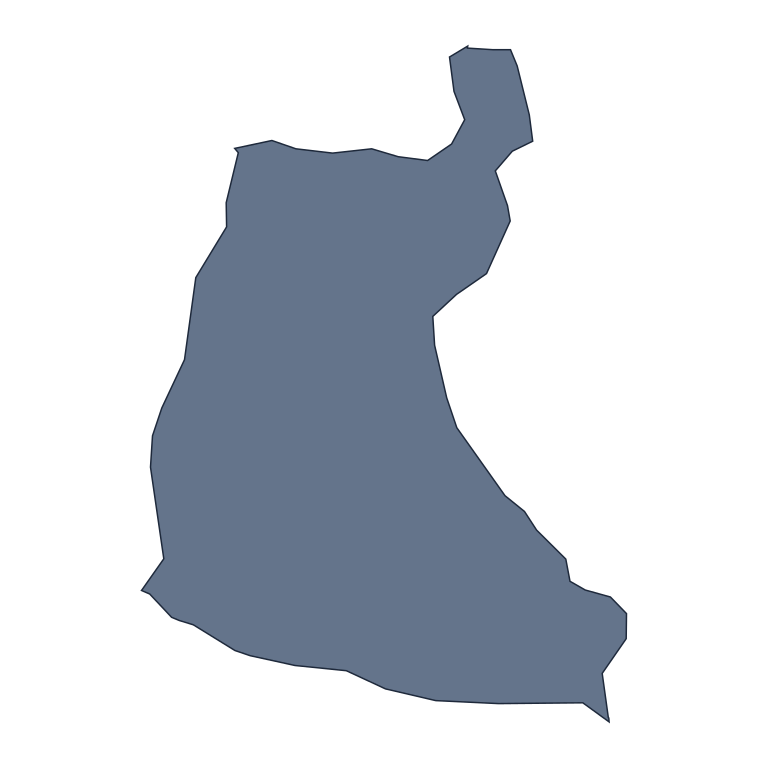 an SVG outline of Yunlin, rotated 270°
{"feature_id": "TWN-1176", "entity_name": "Yunlin", "entity_type": "County", "adm_level": 1, "iso_a3": "TWN", "parent_name": "Taiwan", "parent_adm1": "", "projection": "equal_earth", "projection_center": [120.426, 23.673], "detail": "fine", "context": "isolated", "style": "filled", "palette": "slate", "viewbox_px": 768, "rotation_deg": 270, "n_neighbors": 0, "source": "natural_earth", "source_scale": "10m", "svg_char_len": 929}
<svg xmlns="http://www.w3.org/2000/svg" viewBox="0 0 768 768"><g transform="rotate(270 384 384)"><path d="M46.1,609.1L65.2,582.8L64.4,498.6L67.4,435.7L79.1,385.5L97.3,346.3L102.5,295.0L112.3,250.2L117.5,234.9L143.2,193.3L147.5,179.3L150.7,171.6L174.0,149.7L177.5,141.5L209.2,163.8L300.8,150.5L332.2,152.5L360.0,161.8L408.3,184.5L490.4,195.8L541.1,226.6L565.3,226.2L615.3,238.3L619.6,234.7L627.5,271.9L619.2,295.9L614.9,332.6L619.2,371.7L611.3,398.2L607.5,427.6L624.0,451.6L648.3,464.7L676.6,454.0L711.0,449.5L721.9,467.7L719.9,467.4L718.3,492.9L718.3,510.5L702.0,517.2L653.1,529.3L626.8,532.7L616.8,512.3L597.1,495.3L562.4,507.5L547.0,510.2L494.4,486.5L473.6,456.5L451.6,432.8L422.8,434.6L370.2,446.7L340.3,456.8L272.3,505.0L256.5,524.5L237.9,536.6L208.9,565.8L186.7,570.0L178.0,585.2L171.0,610.4L154.4,626.5L129.3,626.2L94.6,602.2L50.6,608.3L50.0,608.8L46.1,609.1Z" fill="#64748b" stroke="#1e293b" stroke-width="1.5"/></g></svg>